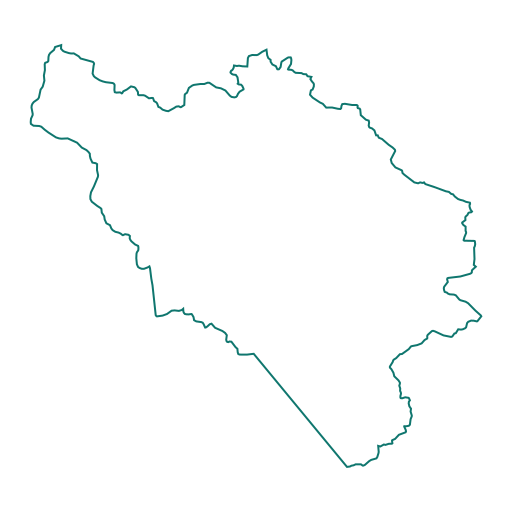 Minh Hoa, Quảng Bình, Vietnam (Mercator projection)
{"feature_id": "81297802B57556187754980", "entity_name": "Minh Hoa", "entity_type": "district", "adm_level": 2, "iso_a3": "VNM", "parent_name": "Vietnam", "parent_adm1": "Quảng Bình", "projection": "mercator", "projection_center": [105.906, 17.733], "detail": "fine", "context": "isolated", "style": "outline", "palette": "teal", "viewbox_px": 512, "rotation_deg": 0, "n_neighbors": 0, "source": "geoboundaries", "source_scale": "gbopen_adm2", "svg_char_len": 5909}
<svg xmlns="http://www.w3.org/2000/svg" viewBox="0 0 512 512"><path d="M475.8,266.7L473.8,264.9L474.5,259.1L474.1,247.7L474.8,246.2L475.2,244.2L474.9,241.6L474.6,241.0L473.7,240.9L464.2,240.7L463.6,240.1L464.4,237.2L466.1,233.1L466.1,232.1L465.6,230.9L465.6,226.6L463.4,225.0L462.2,223.3L462.2,222.5L465.4,220.1L465.3,217.3L465.7,216.5L467.4,215.0L468.4,213.0L469.0,212.6L471.4,212.2L472.0,211.5L470.6,209.8L469.6,206.9L469.5,205.1L470.1,203.9L469.9,202.7L465.9,201.8L463.0,200.5L460.4,199.9L458.0,199.0L454.8,196.5L453.0,194.3L451.2,193.9L448.9,191.9L445.9,191.3L434.2,187.0L425.4,184.1L424.0,182.4L423.4,182.8L422.4,182.9L420.1,182.4L418.1,183.3L414.3,182.4L404.2,174.6L402.5,173.0L402.1,170.8L401.7,170.3L395.4,167.4L391.7,163.0L390.8,159.5L395.2,151.0L394.9,149.7L392.6,147.5L388.7,144.8L382.0,139.0L378.8,137.7L377.7,135.3L376.1,135.3L374.4,130.4L372.0,128.4L369.7,127.6L369.2,127.1L368.7,125.6L369.1,122.4L368.7,120.6L365.9,119.7L360.8,115.2L360.2,109.4L359.6,108.6L357.8,108.1L357.5,107.3L357.7,105.9L357.3,105.3L356.5,105.0L352.1,105.0L344.9,103.8L342.3,104.1L341.5,105.8L341.1,108.3L340.4,109.0L338.0,108.8L332.0,107.5L326.2,107.6L322.8,103.8L320.0,102.5L312.6,97.6L310.0,94.7L310.9,90.4L312.6,89.5L313.8,86.5L313.9,84.3L313.6,83.4L311.8,81.3L310.4,79.1L311.4,76.9L307.5,76.2L306.3,74.3L303.3,74.1L301.5,73.1L295.6,72.8L294.2,71.9L292.6,70.3L291.2,69.8L288.3,69.6L288.0,69.3L288.4,68.2L291.0,64.0L291.4,60.1L291.1,58.2L290.7,57.4L288.5,57.4L287.7,57.7L281.7,61.6L281.3,62.7L280.6,67.0L279.0,69.2L278.0,69.4L277.3,69.2L275.9,66.2L272.4,64.5L270.6,61.7L270.6,59.9L268.3,58.1L267.2,55.3L266.5,49.7L262.2,51.8L258.2,54.6L256.8,55.1L252.1,55.0L248.9,56.1L247.9,58.0L247.3,66.5L242.6,66.3L239.0,65.7L236.9,66.0L234.0,65.5L233.7,67.6L232.8,69.4L231.9,70.4L231.2,70.7L230.6,71.8L230.5,72.6L231.9,74.0L233.2,74.6L235.8,74.9L237.5,77.3L238.3,82.6L237.7,83.7L238.7,84.4L241.1,84.7L242.3,86.0L243.5,88.6L243.5,89.4L239.6,91.7L238.0,93.8L236.9,96.2L236.0,97.0L234.4,97.4L231.5,96.9L229.8,95.6L225.4,90.5L220.9,88.3L216.2,87.4L209.4,82.8L207.6,82.7L204.3,84.0L200.4,84.0L193.9,84.9L192.3,85.5L188.9,87.9L187.0,92.7L185.2,94.0L184.7,94.9L184.3,105.0L181.1,107.1L180.5,107.2L178.7,106.3L176.3,106.6L174.0,108.1L168.3,111.2L165.9,110.8L162.5,109.6L160.2,107.6L158.4,106.9L157.1,103.4L156.2,102.3L154.1,101.1L153.0,98.1L152.1,97.9L149.0,98.3L145.1,95.7L143.5,95.2L138.9,95.2L138.3,94.9L138.1,94.6L137.9,91.9L135.3,87.9L134.3,87.2L131.0,86.4L126.9,89.5L123.3,91.3L122.2,93.2L121.7,93.4L120.5,92.5L119.8,92.4L116.4,92.6L114.8,92.2L114.4,90.1L114.6,85.0L114.2,84.1L113.5,83.4L112.4,83.0L105.8,82.2L102.7,81.4L99.6,80.2L95.0,77.3L93.8,76.1L92.6,73.6L93.6,65.5L94.1,63.9L93.8,62.9L92.9,61.9L80.6,58.5L78.7,56.3L73.8,53.4L71.2,53.5L68.9,53.1L64.5,51.7L63.0,50.9L61.0,48.7L61.2,45.1L55.1,47.0L54.0,49.9L50.2,53.1L49.0,54.9L48.5,56.9L48.3,61.0L47.5,62.0L45.2,62.8L44.7,64.2L44.9,70.1L43.9,75.5L44.4,80.7L42.7,86.7L40.6,89.6L38.9,97.6L37.9,99.1L33.8,102.0L32.5,103.6L31.7,105.5L31.5,107.6L32.7,113.9L32.6,115.2L31.0,118.7L30.7,122.1L30.9,123.9L33.5,125.7L39.2,126.0L41.3,126.7L44.7,129.7L48.4,132.5L56.0,137.4L59.1,138.4L61.4,138.7L67.7,138.4L77.1,142.7L81.8,147.6L86.5,150.1L88.5,152.0L89.8,153.7L89.9,156.0L90.5,158.6L92.4,162.6L95.7,163.2L97.1,164.1L97.0,170.1L98.1,175.2L97.9,176.8L93.9,186.5L91.0,192.3L90.3,196.1L90.4,199.1L91.8,201.7L97.2,205.9L100.6,208.1L101.4,209.0L101.8,212.7L104.2,216.2L104.7,219.5L106.4,223.3L110.0,225.2L111.3,228.4L112.6,230.1L115.3,231.8L118.6,232.6L120.8,233.7L122.4,235.0L122.9,235.2L125.1,234.2L128.5,234.8L129.9,236.0L129.7,238.3L130.3,239.8L131.4,241.3L135.1,244.5L138.1,245.9L138.4,247.1L138.4,249.2L138.2,250.4L136.9,252.3L136.5,253.7L136.3,258.3L136.9,264.3L138.1,267.0L139.6,268.0L141.8,268.8L144.0,268.8L147.7,267.4L149.4,266.4L150.0,268.2L151.3,278.6L152.5,285.3L155.7,315.1L156.2,315.9L156.9,316.4L162.6,315.6L167.0,314.0L171.6,310.7L174.6,310.4L178.9,310.9L181.8,310.0L183.2,308.8L183.4,311.7L184.0,313.0L184.9,314.0L186.5,314.3L188.6,314.4L191.4,314.0L191.8,314.2L193.5,317.0L194.1,320.2L196.3,321.4L201.3,322.1L202.7,322.7L203.7,324.3L205.1,327.5L205.8,327.5L207.3,326.5L209.8,324.2L211.5,323.7L215.1,327.8L222.4,331.0L225.1,332.9L226.8,335.2L226.2,339.7L226.5,341.0L227.2,341.9L228.4,342.1L229.4,341.5L231.4,341.7L235.5,347.1L237.4,348.8L237.7,352.1L238.2,353.9L239.3,354.5L241.1,354.6L247.0,354.6L253.7,353.8L347.0,466.9L350.0,466.5L351.4,465.7L353.6,465.3L355.7,464.3L360.9,464.3L362.7,465.6L363.4,465.6L364.9,464.9L369.2,461.1L371.2,459.9L376.4,458.4L377.3,457.0L378.5,453.1L378.7,451.9L378.2,445.9L380.3,446.5L383.9,444.5L385.4,444.9L388.8,443.8L391.9,443.7L392.4,443.3L392.0,440.7L392.2,440.2L395.1,438.9L398.9,434.8L405.6,432.3L406.0,431.5L405.8,430.1L404.2,426.6L404.3,426.2L405.9,426.3L408.8,425.8L409.9,424.7L410.6,419.2L411.7,416.5L411.8,415.5L410.6,411.6L411.0,408.7L409.4,406.4L408.7,403.5L408.9,401.7L409.9,400.3L408.9,398.1L408.5,397.8L405.2,397.3L402.1,398.3L400.7,398.1L400.4,397.5L400.4,396.0L401.0,393.7L400.8,392.4L400.1,390.9L400.2,388.4L399.3,385.7L399.9,383.6L399.9,382.6L398.5,380.4L394.3,376.3L393.4,372.7L391.4,369.2L389.9,367.6L389.9,366.5L392.7,362.0L393.2,360.4L393.7,359.7L396.2,358.1L399.9,354.2L402.0,354.0L408.8,349.1L410.9,346.5L411.9,346.1L417.2,345.1L421.6,343.4L424.6,340.0L427.2,338.5L427.3,337.8L427.2,336.0L427.7,334.9L431.9,331.1L433.0,330.8L434.7,331.3L443.5,335.4L451.0,336.9L451.9,336.7L452.5,336.2L454.4,333.5L455.8,333.2L458.2,329.3L461.0,329.6L462.8,329.3L465.2,328.2L466.1,327.3L467.1,323.1L468.2,321.8L471.1,320.6L473.7,320.7L476.9,321.4L477.4,321.2L481.3,316.3L480.8,315.4L475.5,310.7L468.1,303.2L465.6,301.7L460.4,300.2L459.3,299.5L455.8,295.3L453.9,294.6L449.6,294.3L447.8,293.5L446.9,292.6L444.7,291.9L444.0,289.8L443.8,288.1L444.2,286.7L447.8,282.0L447.1,279.2L447.5,278.2L448.4,277.9L460.3,276.5L470.0,273.8L471.3,273.1L471.8,272.4L471.9,270.7L472.2,270.0L475.8,266.7Z" fill="none" stroke="#0f766e" stroke-width="2"/></svg>